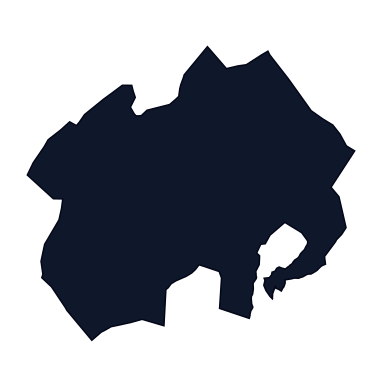 the district of Ijero, Ekiti, Nigeria, rotated 88°
{"feature_id": "59680162B51712615582520", "entity_name": "Ijero", "entity_type": "district", "adm_level": 2, "iso_a3": "NGA", "parent_name": "Nigeria", "parent_adm1": "Ekiti", "projection": "mercator", "projection_center": [5.082, 7.845], "detail": "fine", "context": "isolated", "style": "filled", "palette": "ink", "viewbox_px": 384, "rotation_deg": 88, "n_neighbors": 0, "source": "geoboundaries", "source_scale": "gbopen_adm2", "svg_char_len": 2833}
<svg xmlns="http://www.w3.org/2000/svg" viewBox="0 0 384 384"><g transform="rotate(88 192 192)"><path d="M53.9,111.2L57.4,117.7L66.7,133.3L67.6,141.7L69.9,153.3L47.3,171.5L74.6,195.7L77.6,196.7L84.2,199.4L88.3,200.6L96.0,201.9L99.0,205.3L103.8,211.3L108.7,234.1L113.9,240.0L114.1,243.0L113.9,245.3L111.8,247.1L105.1,250.6L95.5,245.4L89.0,247.3L83.3,248.5L82.9,257.9L89.8,267.8L96.1,277.1L110.9,296.7L118.2,302.1L121.6,305.2L117.6,311.8L125.6,321.3L134.7,333.9L141.8,338.3L157.1,349.6L169.3,356.0L193.9,330.8L194.4,321.4L204.0,323.0L215.2,325.9L239.1,341.1L256.0,345.3L269.0,343.9L272.4,345.1L281.9,335.7L303.1,322.6L305.9,321.2L336.7,297.3L328.9,287.7L327.3,284.2L323.8,277.6L322.2,268.2L320.1,257.1L317.5,246.3L324.7,224.7L288.6,221.5L287.0,219.3L283.0,216.1L280.2,211.2L276.0,200.6L272.9,195.1L269.7,191.4L265.0,187.5L267.4,180.8L267.5,180.6L272.4,167.6L279.0,165.5L309.3,168.5L309.5,168.0L320.3,139.2L319.5,138.9L318.6,138.7L317.9,138.5L317.5,138.4L317.3,138.3L316.7,138.3L316.2,138.3L315.6,138.1L314.0,137.7L313.5,137.5L312.8,137.4L312.5,137.3L311.9,136.6L311.3,136.3L310.8,136.1L309.9,135.4L308.8,135.3L308.1,135.5L307.1,135.9L306.1,136.2L305.6,136.3L304.7,136.3L302.6,136.4L301.4,136.5L299.7,136.4L298.6,136.3L297.9,136.0L296.5,135.1L295.3,134.8L294.0,134.6L292.4,134.3L291.1,134.1L290.3,134.1L288.3,134.1L286.5,134.2L285.1,133.9L284.7,133.7L280.9,130.9L279.5,130.5L277.4,130.9L276.0,130.8L274.4,131.0L273.3,130.9L267.0,127.4L261.4,126.9L258.1,126.7L255.2,129.5L246.6,125.1L246.3,120.6L246.1,120.5L237.9,115.6L225.6,100.3L236.5,83.8L244.5,78.4L245.4,78.2L246.1,78.1L247.2,78.2L249.1,79.0L250.0,79.7L250.6,80.1L251.3,80.3L251.5,80.6L251.8,80.7L252.3,81.0L252.7,81.0L253.3,81.6L254.3,82.3L255.3,83.6L257.5,85.7L258.3,86.2L260.4,87.3L261.0,88.0L261.5,88.3L262.0,89.1L263.0,90.7L263.6,91.8L264.1,92.1L265.3,93.3L267.0,94.3L267.9,95.5L268.7,96.9L269.6,97.6L270.2,98.8L272.3,101.4L271.9,102.3L271.3,104.6L270.0,107.5L271.0,109.7L272.1,110.6L274.2,111.9L274.3,113.0L274.8,113.9L274.8,114.7L275.4,114.9L276.3,115.2L277.2,115.2L277.7,115.5L278.3,116.0L279.7,117.2L280.3,117.4L280.5,120.4L280.7,122.9L283.0,122.2L287.8,123.5L293.1,121.5L298.8,117.9L301.6,115.4L301.1,115.2L300.1,115.3L299.5,115.2L297.6,115.0L296.8,115.1L296.1,114.8L294.1,114.0L292.7,113.5L291.0,112.4L289.7,112.1L290.8,111.6L291.5,110.7L292.4,108.7L294.1,106.2L290.6,104.2L290.6,103.9L290.1,103.6L287.0,102.3L286.3,102.1L282.9,102.0L282.9,100.9L282.3,95.9L281.6,92.8L281.9,88.3L281.3,86.8L280.6,84.1L278.7,80.6L278.1,78.8L278.1,75.9L276.8,73.4L274.8,69.9L272.4,67.4L271.2,66.1L270.1,64.5L268.8,61.1L261.1,61.8L246.7,50.3L244.7,49.2L239.6,43.9L233.0,39.3L201.9,45.3L192.1,52.9L156.6,28.0L151.3,36.1L139.5,42.0L129.9,49.0L128.7,50.9L123.5,58.8L114.9,70.1L97.8,81.4L92.4,85.0L82.3,91.7L57.7,109.5L53.9,111.2Z" fill="#0f172a" stroke="#020617" stroke-width="1.5"/></g></svg>